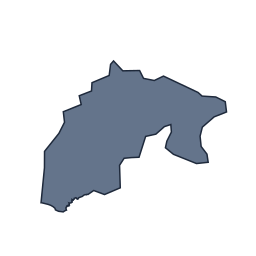 Suzak, Jalal-Abad, Kyrgyzstan, rotated 348°
{"feature_id": "92254566B63974139076370", "entity_name": "Suzak", "entity_type": "district", "adm_level": 2, "iso_a3": "KGZ", "parent_name": "Kyrgyzstan", "parent_adm1": "Jalal-Abad", "projection": "mercator", "projection_center": [73.12, 41.081], "detail": "fine", "context": "isolated", "style": "filled", "palette": "slate", "viewbox_px": 256, "rotation_deg": 348, "n_neighbors": 0, "source": "geoboundaries", "source_scale": "gbopen_adm2", "svg_char_len": 1811}
<svg xmlns="http://www.w3.org/2000/svg" viewBox="0 0 256 256"><g transform="rotate(348 128 128)"><path d="M227.7,132.8L228.6,122.5L220.3,115.9L207.1,112.2L203.9,107.8L173.5,84.6L163.6,87.0L153.5,82.7L151.3,74.2L134.8,71.0L127.8,59.4L124.2,62.1L120.5,72.7L102.2,76.2L100.0,84.2L87.0,86.3L87.1,95.3L68.1,98.6L67.1,109.2L59.3,118.9L41.5,133.5L38.0,149.6L27.4,183.0L27.8,183.1L29.1,183.7L34.0,186.1L36.4,187.6L38.5,189.5L39.9,191.4L40.0,193.0L42.0,194.5L42.9,195.1L45.0,195.8L47.2,196.6L48.8,195.9L50.2,195.6L50.7,195.5L50.5,195.0L50.5,194.9L50.7,194.6L50.6,193.9L50.7,193.7L50.7,193.2L50.8,192.9L51.1,192.7L51.4,192.6L51.5,192.5L51.5,192.2L51.9,191.6L52.1,191.5L52.7,191.4L52.8,191.8L53.2,191.7L53.3,191.5L53.5,191.7L53.5,191.9L54.0,191.9L54.0,191.2L54.3,191.2L54.4,190.8L54.6,190.9L54.6,190.7L54.8,190.2L54.7,189.5L54.8,189.6L55.1,189.4L55.3,189.4L55.4,189.2L55.5,189.2L55.7,189.3L55.9,189.3L56.5,189.3L57.1,189.3L57.4,189.1L57.6,188.9L57.7,188.6L57.9,188.5L57.9,188.4L58.0,188.5L58.3,187.4L58.4,186.9L58.4,186.3L59.5,187.1L59.6,186.9L59.6,186.7L59.8,186.6L60.0,186.6L60.6,186.1L60.7,185.9L60.8,186.0L60.9,185.8L61.0,185.7L61.4,185.6L61.7,185.5L61.9,185.4L62.1,185.5L62.3,185.5L62.4,185.4L62.7,185.6L62.8,185.6L62.9,185.8L63.0,185.8L63.2,186.0L63.2,186.3L63.1,186.5L63.4,186.8L63.6,186.9L63.8,187.1L64.1,187.2L64.6,186.7L64.9,186.4L65.1,186.1L65.3,186.0L65.5,186.0L65.6,185.9L69.2,185.4L70.4,184.7L71.3,184.4L72.2,184.2L73.2,184.7L73.7,184.5L74.0,184.3L75.0,184.7L81.5,182.0L83.0,183.0L91.2,188.2L108.0,184.9L112.0,162.7L117.9,156.8L124.9,157.6L132.7,158.9L143.5,139.9L154.0,139.8L163.9,134.2L170.6,133.5L169.6,141.0L163.3,148.9L160.5,155.1L167.0,163.2L187.6,177.0L199.3,178.2L199.8,170.0L195.7,161.3L196.8,151.0L200.9,142.6L214.6,135.0L227.7,132.8Z" fill="#64748b" stroke="#1e293b" stroke-width="1.5"/></g></svg>